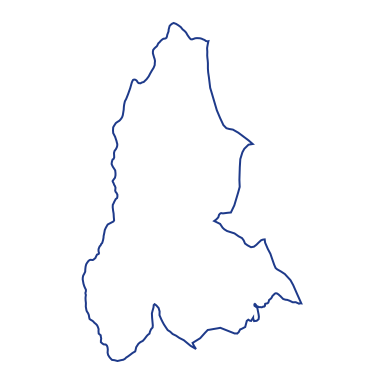 Camocuautla, Puebla, Mexico
{"feature_id": "50627088B78177110012738", "entity_name": "Camocuautla", "entity_type": "district", "adm_level": 2, "iso_a3": "MEX", "parent_name": "Mexico", "parent_adm1": "Puebla", "projection": "equal_earth", "projection_center": [-97.753, 20.035], "detail": "fine", "context": "isolated", "style": "outline", "palette": "blue", "viewbox_px": 384, "rotation_deg": 0, "n_neighbors": 0, "source": "geoboundaries", "source_scale": "gbopen_adm2", "svg_char_len": 5290}
<svg xmlns="http://www.w3.org/2000/svg" viewBox="0 0 384 384"><path d="M111.6,164.0L112.1,165.2L112.8,166.7L114.0,168.5L115.2,170.4L115.5,173.2L115.5,175.3L115.0,177.7L113.5,179.7L112.6,181.1L113.0,182.2L113.6,183.2L114.1,184.7L115.0,186.2L115.5,187.7L115.2,190.7L115.7,192.0L116.5,192.9L117.4,194.7L117.4,196.6L117.1,198.0L115.7,199.1L114.3,201.7L113.5,203.5L112.8,204.8L112.7,207.3L113.1,210.6L113.6,213.6L113.8,217.1L114.1,220.4L113.4,221.5L111.3,222.6L107.7,224.5L105.9,227.6L104.8,230.0L104.3,232.8L103.6,236.1L103.5,237.7L103.1,239.9L102.5,242.0L102.1,243.1L101.2,244.0L100.6,245.4L99.7,246.3L99.2,247.4L98.6,249.0L98.5,250.0L98.6,251.6L99.0,253.0L98.6,254.0L97.0,254.6L96.5,255.6L96.0,256.6L95.4,258.0L93.4,259.7L92.7,260.0L91.4,259.9L90.4,259.8L89.6,260.1L88.5,260.9L87.1,262.8L86.2,264.3L85.6,266.6L85.3,269.3L85.2,271.7L84.2,273.8L83.2,275.6L82.8,277.4L82.7,279.4L83.5,283.8L84.3,286.3L85.0,287.9L85.5,288.9L85.9,289.7L85.9,290.9L85.8,291.7L85.4,292.9L85.5,293.8L85.9,295.0L85.7,296.0L85.6,297.0L85.5,297.9L85.6,300.3L85.9,303.1L85.8,306.7L86.4,310.1L86.8,311.3L88.1,313.3L88.8,315.0L89.3,317.9L89.6,319.0L90.7,319.8L92.1,320.6L93.3,321.5L94.2,322.6L95.9,324.0L97.1,325.3L97.9,327.0L98.6,329.1L98.5,331.1L98.7,333.6L100.7,335.3L100.8,336.5L101.2,338.6L100.9,340.5L100.9,342.2L102.6,343.7L103.8,344.4L105.7,344.5L106.9,345.6L107.5,347.2L107.8,349.4L107.6,352.7L108.1,354.9L109.5,357.2L110.7,358.6L112.0,359.9L114.5,360.2L117.5,361.0L120.4,360.3L123.4,359.7L125.1,358.7L126.1,357.6L128.0,356.4L130.3,354.7L132.5,353.0L135.2,351.4L135.6,349.9L136.2,347.2L138.4,343.8L140.3,342.2L142.8,340.9L144.5,339.0L146.7,336.1L147.8,334.9L149.5,333.6L149.9,331.9L151.0,329.3L152.6,327.5L152.8,325.4L152.5,322.0L152.1,317.7L151.9,313.4L152.5,311.0L153.5,307.4L153.7,305.1L154.6,304.2L156.3,305.4L158.6,308.0L159.6,311.4L159.5,315.2L161.3,319.4L162.6,322.0L163.9,324.4L165.8,327.3L167.7,330.1L170.2,331.7L172.6,334.0L176.1,335.7L179.3,337.9L183.8,340.2L190.7,345.9L196.0,349.0L193.8,345.6L192.6,342.9L200.2,338.2L205.4,332.4L206.3,331.5L207.7,330.0L210.9,329.5L213.6,329.0L217.8,328.3L220.3,327.8L234.7,333.5L236.4,333.4L237.1,333.6L237.7,333.1L238.9,331.9L239.2,331.1L240.3,329.3L241.2,329.1L245.2,327.0L246.8,320.9L248.3,319.7L249.7,320.6L251.1,320.9L253.1,317.7L253.1,318.3L254.1,321.1L256.7,320.8L258.6,319.2L258.9,316.8L258.6,314.5L257.3,307.8L255.4,306.4L254.6,305.9L254.4,305.3L254.4,304.3L254.9,303.9L255.3,304.2L255.9,304.9L256.5,305.9L256.7,306.2L257.7,306.4L258.5,307.0L259.3,307.1L259.8,307.1L260.7,307.1L261.4,307.3L262.4,307.1L263.3,306.5L264.0,306.7L264.6,306.3L265.0,305.7L265.0,304.7L265.2,303.8L266.0,303.6L267.5,303.3L268.3,302.6L268.7,301.5L269.1,300.0L269.8,299.5L270.1,299.2L271.0,298.5L271.7,297.5L272.5,295.9L273.8,294.7L274.3,294.1L275.4,293.3L276.3,293.3L276.7,293.3L278.6,294.5L279.6,295.5L280.5,296.2L281.1,296.9L282.1,297.9L283.2,299.0L285.5,299.7L287.4,299.9L288.6,300.4L289.6,300.7L290.0,300.9L290.4,301.2L291.5,301.6L292.4,302.2L294.0,302.3L294.8,302.2L295.6,302.2L296.5,302.5L297.4,303.0L298.3,303.3L299.0,303.7L299.5,303.5L300.1,303.3L301.3,303.4L297.1,294.0L295.3,289.9L293.2,285.1L290.5,280.2L284.8,274.0L280.8,271.4L277.1,269.3L275.6,268.0L274.2,264.8L272.0,258.5L270.4,253.8L267.8,248.9L265.1,242.6L264.7,239.4L263.0,239.6L261.2,240.2L258.6,242.6L256.4,244.8L253.9,246.7L251.0,247.2L247.5,245.3L245.0,243.5L243.7,240.4L242.0,238.1L238.6,236.3L234.5,233.4L227.0,231.0L224.3,229.3L222.6,227.7L220.1,223.9L214.2,221.0L216.0,219.7L217.6,218.1L218.3,217.3L218.7,216.0L219.1,214.7L220.1,213.6L221.1,213.1L222.9,213.4L227.6,212.8L230.9,212.5L234.3,205.4L238.1,192.7L239.7,186.9L239.4,179.8L239.8,167.1L240.3,159.1L242.4,152.3L244.3,148.8L248.5,144.7L252.7,144.0L248.7,140.5L238.3,132.7L232.9,129.6L229.3,129.0L226.4,128.2L223.4,125.1L220.0,117.8L216.8,110.2L211.3,91.5L210.2,87.9L208.9,77.3L208.2,72.5L207.9,68.7L207.9,63.1L207.7,60.5L207.4,58.0L207.2,55.5L207.3,51.9L207.1,48.1L207.4,46.2L207.9,43.5L208.4,41.2L207.6,41.4L205.9,41.0L204.6,40.0L203.1,39.4L201.6,38.7L200.1,38.3L198.8,38.2L196.8,38.1L195.1,38.3L193.5,38.9L192.0,39.4L190.7,39.2L190.0,38.5L189.1,37.4L187.5,35.1L186.2,32.8L185.3,31.7L184.0,30.5L182.6,29.4L180.8,27.1L178.5,25.4L176.1,23.9L173.7,23.0L172.1,23.7L170.8,24.7L169.6,26.0L169.2,27.5L168.7,29.4L168.5,31.5L167.9,33.1L167.5,34.2L167.3,34.6L167.0,36.3L166.5,37.7L165.6,38.4L164.4,38.7L163.7,38.7L162.8,39.1L162.0,39.7L161.3,40.3L160.4,41.2L159.4,42.4L158.5,43.1L157.8,44.3L157.3,45.5L156.7,46.4L155.9,47.0L154.5,48.3L153.2,49.9L152.9,51.6L152.9,53.3L153.4,55.1L154.0,57.2L154.6,59.0L155.0,61.0L154.8,62.9L154.7,65.1L153.6,67.8L151.8,70.7L150.2,73.5L148.7,76.4L146.6,79.2L143.7,82.0L142.2,82.4L141.5,82.7L140.5,83.3L138.6,83.1L137.8,82.4L137.4,81.8L137.0,81.1L136.5,80.5L135.8,80.0L134.9,79.6L134.0,79.6L133.1,79.9L132.5,80.9L131.8,82.5L130.2,88.2L128.1,94.1L127.0,96.9L126.2,98.9L124.9,101.3L124.2,104.4L123.9,106.6L123.7,109.7L123.2,112.8L122.8,115.2L122.2,117.0L121.3,118.5L119.9,120.2L119.1,120.9L118.1,121.5L117.0,122.2L115.8,123.1L114.7,124.8L114.0,125.9L113.2,127.3L113.0,130.3L113.2,133.1L115.1,136.8L116.5,141.0L116.9,142.7L117.3,144.1L117.2,145.9L116.8,147.3L116.0,149.0L115.1,150.2L114.5,151.0L114.0,153.0L114.1,154.9L114.2,157.4L113.6,158.9L112.6,159.5L111.9,161.7L111.6,164.0Z" fill="none" stroke="#1e3a8a" stroke-width="2"/></svg>